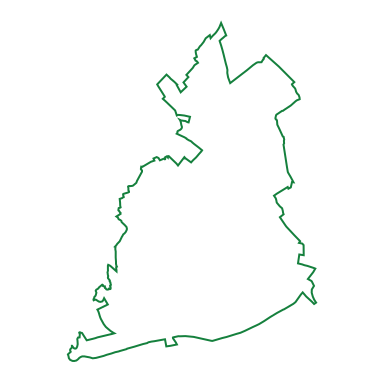 Ruginoasa, Iasi, Romania
{"feature_id": "2599482B22371739748147", "entity_name": "Ruginoasa", "entity_type": "district", "adm_level": 2, "iso_a3": "ROU", "parent_name": "Romania", "parent_adm1": "Iasi", "projection": "orthographic", "projection_center": [26.835, 47.264], "detail": "fine", "context": "isolated", "style": "outline", "palette": "green", "viewbox_px": 384, "rotation_deg": 0, "n_neighbors": 0, "source": "geoboundaries", "source_scale": "gbopen_adm2", "svg_char_len": 5940}
<svg xmlns="http://www.w3.org/2000/svg" viewBox="0 0 384 384"><path d="M95.7,290.8L96.4,292.7L95.8,295.0L95.4,295.9L94.4,296.9L94.2,297.8L93.5,299.3L93.5,299.9L93.7,300.3L94.5,299.9L95.5,299.6L96.1,299.8L98.7,301.5L100.3,301.9L102.3,301.4L102.8,300.8L103.2,300.2L104.1,298.2L107.8,304.5L97.4,309.6L98.3,311.3L99.0,313.3L99.6,315.5L100.3,317.6L100.8,318.8L103.7,324.1L105.8,326.9L107.5,328.4L110.6,331.0L113.4,332.8L114.3,333.3L111.5,334.1L111.2,334.0L110.9,334.2L97.4,337.4L95.5,338.1L92.5,338.9L86.7,340.3L83.1,334.7L82.2,333.2L81.9,332.9L80.4,332.7L80.1,332.3L79.5,332.3L79.2,332.7L79.8,334.2L79.6,337.4L78.1,337.5L77.8,338.0L77.4,338.7L77.3,339.3L77.5,340.7L77.7,344.2L77.2,346.5L76.9,347.2L76.4,348.1L75.7,348.6L74.4,348.5L73.7,348.0L72.6,346.6L72.1,345.8L71.9,345.8L71.9,347.4L71.6,347.9L70.5,349.0L70.2,349.6L70.1,350.2L70.3,350.8L70.7,351.8L67.9,354.4L68.5,356.1L68.9,358.2L70.1,359.8L72.4,360.9L74.2,361.0L76.4,360.5L78.1,359.2L79.3,357.9L80.7,357.0L82.2,356.4L84.4,356.4L89.8,357.4L92.7,358.3L96.0,357.9L103.7,355.9L106.7,354.8L111.4,353.5L115.2,352.2L118.9,351.4L119.2,351.2L126.6,349.1L127.0,348.7L134.3,346.7L139.2,345.2L143.2,344.0L147.1,343.1L148.4,342.3L151.4,341.6L154.4,341.2L164.3,339.4L165.0,339.3L166.3,346.4L170.5,345.8L175.4,344.8L176.9,344.5L175.8,342.4L173.0,338.3L172.9,337.6L173.0,337.4L178.4,336.2L179.6,336.3L185.4,336.1L193.7,336.9L211.3,340.8L212.5,340.9L222.4,338.0L226.5,337.0L236.8,333.8L240.4,332.8L244.8,330.9L252.9,327.0L256.2,325.5L259.1,324.1L264.1,321.1L270.3,317.0L277.1,312.9L283.4,309.5L283.9,309.4L293.4,303.8L295.5,302.1L300.9,294.5L302.7,292.4L306.2,296.5L312.1,301.9L314.1,304.0L316.1,302.6L315.4,301.6L314.1,299.5L312.8,296.6L311.7,292.7L311.8,289.5L314.0,285.9L311.8,281.4L311.3,280.9L307.9,279.0L313.2,272.2L315.3,268.6L313.8,268.0L307.4,265.9L304.4,265.2L302.2,264.4L298.0,263.4L299.3,254.5L303.7,255.2L303.6,245.1L302.3,243.6L299.0,242.9L300.1,241.2L294.3,235.2L286.3,226.6L285.3,225.2L279.9,217.2L283.6,214.3L283.1,212.9L282.8,210.9L282.1,208.3L279.8,206.3L276.9,202.8L276.7,202.4L276.3,200.2L275.8,198.4L274.0,195.7L276.8,193.7L287.7,187.0L288.4,188.7L290.8,187.4L292.0,182.1L293.5,182.3L290.5,176.7L288.2,172.8L287.8,171.9L287.0,167.2L283.5,144.6L284.1,143.4L283.9,140.8L284.2,139.6L283.6,136.8L282.8,136.5L279.2,128.6L277.3,124.7L277.0,120.7L276.5,119.6L275.8,119.4L275.4,118.2L276.0,115.5L276.4,114.7L282.0,110.9L282.8,110.9L284.6,109.6L290.8,105.5L295.4,101.4L296.7,100.4L299.7,99.2L299.5,97.3L298.8,95.4L298.5,94.8L297.1,93.5L296.1,91.7L295.4,89.1L294.9,88.2L292.8,85.9L292.0,84.6L291.9,84.3L294.3,82.1L278.8,66.5L266.0,55.1L263.7,57.9L263.9,58.1L263.8,58.8L263.3,59.6L263.0,59.6L261.5,62.2L259.1,62.3L258.2,62.2L256.6,62.7L253.0,65.2L247.2,70.0L230.2,83.1L228.1,77.4L227.3,73.1L227.3,72.2L227.4,70.6L227.4,69.8L226.8,67.0L225.8,63.5L223.6,54.5L222.3,49.5L221.1,45.4L219.6,40.9L220.0,40.5L222.1,38.6L222.9,38.0L224.6,36.5L225.5,35.8L226.2,35.5L223.6,28.9L221.1,23.0L219.4,27.2L218.2,29.3L216.5,31.8L215.4,33.2L212.6,35.9L210.6,38.2L209.8,35.1L205.7,38.3L203.6,42.0L201.0,45.3L199.9,46.3L197.8,49.6L197.6,49.7L196.5,49.9L195.7,50.5L195.7,52.0L196.0,53.9L196.9,56.9L194.3,58.3L195.6,60.7L196.2,60.9L197.1,61.5L198.0,62.8L194.6,65.1L194.2,65.6L192.8,67.9L186.4,74.9L188.4,77.1L183.5,82.4L186.6,86.7L181.1,91.9L180.7,92.3L176.7,85.0L177.2,84.6L174.0,81.5L173.5,81.2L173.4,81.0L170.6,78.7L169.5,77.4L166.5,74.6L157.2,84.4L158.1,86.0L164.7,96.5L164.8,96.8L162.8,98.8L165.3,101.0L175.0,110.3L175.2,110.6L176.8,115.5L178.1,114.9L179.8,115.0L184.2,115.5L190.0,116.8L188.6,122.4L187.6,122.2L185.3,121.0L183.4,120.8L182.6,120.6L181.5,120.6L179.8,119.8L180.2,120.4L180.9,122.5L181.3,124.9L181.9,126.7L181.9,127.6L181.5,128.5L180.8,129.3L180.0,129.9L178.0,130.9L177.5,131.4L177.4,132.1L177.4,132.8L176.7,133.7L184.5,137.3L186.5,138.5L186.6,138.9L189.1,140.4L190.1,140.8L191.4,141.5L192.1,142.3L194.0,143.9L198.7,147.5L202.1,150.3L201.5,151.2L198.9,154.1L197.4,155.9L196.0,157.5L193.1,160.2L191.1,162.4L185.6,158.4L185.2,158.5L185.1,158.2L185.1,157.9L184.4,157.1L178.0,165.5L176.4,163.5L168.7,156.1L167.9,156.2L167.8,157.5L166.7,156.4L165.1,157.3L165.0,157.8L165.3,158.5L165.2,158.8L165.1,159.2L164.9,159.3L164.0,158.6L159.9,160.3L158.5,158.0L156.7,157.1L153.5,158.5L154.4,160.6L150.9,161.8L142.8,166.6L142.4,166.5L141.7,167.3L141.2,166.9L141.1,167.2L141.1,167.6L140.9,168.8L140.9,169.2L141.6,170.1L142.0,170.4L142.0,171.7L136.9,181.1L136.4,182.7L135.9,183.2L135.3,183.7L132.9,185.7L132.1,185.9L130.3,186.1L129.0,186.0L128.1,186.5L128.1,187.0L128.4,187.9L128.4,190.2L129.0,191.4L129.0,192.0L128.1,192.5L124.7,193.5L123.4,193.9L123.1,194.2L123.1,194.4L123.2,195.3L123.7,196.7L123.7,197.2L122.9,197.4L122.1,198.1L119.7,198.9L120.1,202.7L120.2,205.6L120.6,207.4L120.3,207.6L118.9,208.0L118.7,208.1L118.4,209.8L118.4,210.3L118.7,210.7L119.2,211.0L119.6,211.8L120.6,213.0L120.2,213.6L120.4,214.0L116.4,216.5L117.4,217.2L117.8,217.4L118.6,219.1L119.4,219.7L120.1,219.9L121.3,220.8L121.7,222.2L124.8,225.1L126.5,227.0L126.9,228.6L126.8,229.7L125.7,232.0L124.4,233.5L123.3,234.3L122.3,236.2L121.8,236.9L121.6,237.4L119.7,241.3L117.2,243.9L116.5,245.0L114.9,246.8L115.5,247.1L115.3,249.0L115.7,251.5L115.7,257.5L116.0,261.8L116.0,263.9L116.4,265.7L116.9,266.7L116.2,267.1L116.2,268.1L116.3,269.3L116.5,270.0L116.5,271.4L110.8,266.3L109.7,265.5L108.2,264.8L107.9,265.6L107.9,269.7L108.0,270.3L107.5,272.7L107.7,273.3L107.8,274.4L107.8,274.7L108.2,276.0L108.0,276.6L108.1,277.0L107.9,277.4L108.0,278.2L109.8,280.4L109.6,280.8L109.7,281.5L110.4,282.3L110.4,283.1L110.9,284.7L110.8,285.1L110.4,285.3L110.1,285.6L110.0,285.9L110.6,287.0L110.6,287.6L110.6,288.6L110.4,289.0L109.9,289.1L109.3,288.4L109.2,288.4L108.7,288.8L108.5,289.3L108.0,289.6L107.0,289.6L106.6,289.4L106.3,289.3L105.5,288.1L105.0,288.0L104.8,287.5L104.9,286.4L103.4,286.2L103.0,286.0L103.0,285.2L102.4,284.7L102.2,284.7L98.9,287.5L98.7,287.7L98.6,288.1L98.2,288.6L96.3,289.7L95.7,290.8Z" fill="none" stroke="#15803d" stroke-width="2"/></svg>